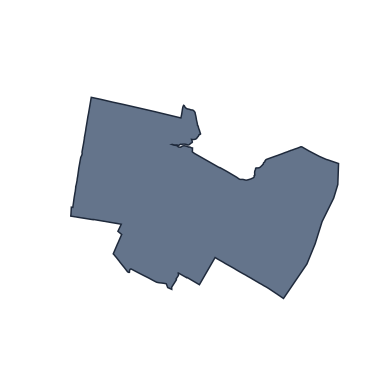 Brancoveni, Olt, Romania, rotated 32°
{"feature_id": "2599482B4467006256881", "entity_name": "Brancoveni", "entity_type": "district", "adm_level": 2, "iso_a3": "ROU", "parent_name": "Romania", "parent_adm1": "Olt", "projection": "orthographic", "projection_center": [24.313, 44.317], "detail": "fine", "context": "isolated", "style": "filled", "palette": "slate", "viewbox_px": 384, "rotation_deg": 32, "n_neighbors": 0, "source": "geoboundaries", "source_scale": "gbopen_adm2", "svg_char_len": 5859}
<svg xmlns="http://www.w3.org/2000/svg" viewBox="0 0 384 384"><g transform="rotate(32 192 192)"><path d="M326.0,233.8L327.6,192.2L323.9,170.7L318.0,148.1L315.4,122.1L311.7,108.4L301.2,90.2L290.4,92.7L288.7,93.2L281.2,94.3L269.6,95.2L261.1,95.5L260.7,95.9L260.3,96.0L260.1,96.3L259.7,96.9L258.0,99.2L256.9,100.5L256.1,101.5L255.2,102.7L254.4,103.7L253.7,104.4L253.5,104.8L253.3,105.1L253.1,105.3L252.9,105.6L252.5,106.0L252.2,106.5L251.8,107.1L250.7,108.4L250.0,109.3L249.4,110.1L248.6,111.2L247.7,112.4L246.1,114.4L245.0,115.9L244.7,116.2L243.9,117.2L241.3,120.5L239.4,122.9L237.8,125.0L237.6,125.4L237.5,126.1L237.4,126.8L237.6,127.4L237.7,127.7L237.7,128.1L237.3,128.9L237.3,129.3L237.3,129.6L237.4,130.0L237.5,130.3L237.7,130.7L237.5,131.1L237.4,131.6L237.4,132.0L237.2,132.7L237.0,133.6L236.7,134.7L236.5,135.2L236.3,135.5L236.0,135.9L235.4,136.5L234.6,137.0L234.2,137.3L233.8,137.5L233.5,137.8L233.4,138.2L233.6,138.6L233.9,139.1L234.0,139.8L234.0,140.2L234.2,141.0L234.4,141.5L234.6,142.0L234.9,142.4L235.1,142.8L235.6,143.4L236.0,144.0L236.3,144.4L236.1,144.7L236.0,144.9L236.0,145.1L236.5,145.8L236.7,146.8L236.4,147.5L236.0,148.2L235.3,149.2L234.8,150.0L234.3,150.5L233.7,151.2L233.0,152.0L232.4,152.6L231.8,153.2L231.1,153.5L229.9,153.9L229.5,154.0L228.6,154.3L228.2,154.5L226.3,155.7L226.1,155.8L225.8,155.9L225.1,156.0L221.9,155.8L213.8,156.0L210.1,156.1L202.8,156.5L202.7,156.7L202.4,156.7L201.4,156.9L200.7,156.9L190.7,157.3L173.5,158.0L172.8,157.9L171.9,157.9L170.9,157.7L170.5,156.8L169.8,155.6L169.1,154.4L168.2,154.8L166.9,154.9L166.2,155.0L165.7,155.6L164.9,155.7L163.6,156.0L162.6,156.3L161.3,156.7L160.8,157.0L160.2,157.4L159.6,158.1L158.9,159.4L158.7,160.0L157.0,160.9L156.3,161.0L154.9,160.7L154.0,160.9L152.4,161.6L151.4,162.0L150.6,162.1L149.8,162.3L150.0,162.1L151.2,161.8L152.1,161.5L152.7,161.1L153.3,160.8L153.9,160.3L154.6,160.0L155.1,159.9L155.7,159.8L156.1,159.4L156.3,158.9L156.3,158.6L156.5,158.4L156.7,158.1L157.0,157.5L157.4,157.3L157.9,157.1L158.3,156.8L158.7,156.4L159.0,156.2L159.3,156.0L159.6,155.8L160.0,155.6L160.4,155.3L160.6,155.2L161.1,155.0L161.6,154.8L162.2,154.6L163.0,154.4L163.4,154.3L164.0,154.1L164.4,153.7L164.7,153.0L164.8,152.7L164.9,152.3L165.0,151.9L165.2,151.3L165.8,150.2L165.9,149.6L165.7,149.3L165.5,149.1L165.3,148.9L165.0,148.7L164.6,148.3L164.2,148.0L164.0,147.9L163.9,147.8L163.8,147.7L163.7,147.6L164.0,147.5L164.4,147.3L164.9,147.1L165.2,146.9L165.6,146.6L166.1,146.2L166.8,145.5L167.1,145.1L167.4,144.5L167.5,144.1L167.5,143.9L167.6,143.6L167.6,143.2L167.6,142.7L167.7,142.1L167.8,141.7L167.8,141.4L167.8,141.0L167.8,140.8L167.8,140.4L167.7,140.1L167.6,139.9L167.7,139.7L167.8,139.5L167.9,139.3L168.2,139.1L168.3,138.9L168.4,138.6L168.5,138.4L168.5,138.2L168.1,138.0L167.9,137.8L167.6,137.5L167.3,137.2L166.8,136.8L166.2,136.3L165.9,136.0L165.6,135.7L165.3,135.5L164.6,135.0L163.9,134.4L163.6,134.2L163.4,134.0L163.2,133.8L163.0,133.5L162.7,133.3L162.5,133.1L162.3,132.9L162.1,132.8L161.8,132.6L161.4,132.6L161.2,132.4L161.1,132.2L160.9,131.9L159.9,130.8L159.4,130.3L158.4,129.3L158.0,128.9L157.5,128.4L156.6,127.3L156.1,126.8L155.6,126.2L155.0,125.6L154.5,125.1L153.9,124.5L153.5,124.1L153.1,123.7L152.8,123.3L152.5,123.0L152.1,122.8L151.8,122.6L151.3,122.4L150.9,122.3L150.4,122.2L149.9,122.1L149.4,122.1L149.1,122.2L148.7,122.3L148.4,122.5L147.9,122.7L147.7,122.9L147.3,123.0L146.9,123.0L146.3,123.2L145.8,123.3L145.4,123.4L144.8,123.7L144.5,123.8L143.9,124.0L143.4,124.1L143.0,124.1L142.5,124.1L142.0,123.9L141.8,123.9L141.6,123.8L141.4,123.8L141.1,123.7L140.9,123.7L140.7,123.6L140.4,123.4L140.1,123.1L139.8,123.0L139.6,122.9L139.3,122.9L139.0,122.9L139.0,123.5L139.1,124.0L139.2,124.6L139.3,125.1L139.5,125.5L139.7,126.0L139.9,126.6L140.2,127.3L140.7,128.4L141.2,129.6L141.6,130.5L141.9,131.3L142.2,131.9L142.5,132.9L142.8,133.6L143.0,134.2L143.1,134.5L143.2,134.8L143.3,135.1L119.0,143.2L118.9,143.2L87.1,154.2L77.2,157.8L76.3,158.1L66.0,161.6L56.4,165.1L62.7,180.4L63.7,183.1L64.0,183.8L65.7,187.8L67.1,191.2L68.2,193.9L68.9,195.4L69.9,197.8L70.5,199.3L71.0,200.6L72.0,203.1L72.3,203.5L73.1,205.4L74.2,208.0L76.2,213.1L77.5,216.3L77.8,216.8L78.2,217.3L78.4,217.5L78.6,217.7L78.9,218.7L79.2,220.4L79.2,220.8L79.3,221.6L83.5,232.1L84.2,233.6L86.7,239.2L86.9,239.7L87.4,241.0L87.9,242.1L88.4,243.1L89.8,246.7L90.7,249.5L91.1,249.9L91.6,251.1L92.6,253.2L92.9,253.9L93.0,254.3L94.9,258.9L97.1,263.8L98.6,267.2L99.1,268.2L97.7,268.8L101.2,275.1L101.8,276.4L102.0,276.7L122.8,267.9L122.7,267.7L123.5,267.3L149.1,256.8L150.0,264.6L154.9,265.3L155.0,266.2L156.2,274.3L156.3,275.3L158.0,286.2L159.5,286.6L160.1,286.8L160.6,287.0L161.4,287.3L161.8,287.4L162.6,287.6L163.3,287.9L165.0,288.5L165.7,288.8L166.4,289.0L167.4,289.4L168.1,289.7L169.0,290.0L169.8,290.3L170.4,290.5L170.7,290.6L170.9,290.7L171.3,290.8L172.1,291.1L172.7,291.3L173.6,291.6L174.2,291.8L179.3,293.7L179.5,293.8L179.9,293.8L180.0,293.8L180.4,293.8L180.5,293.8L180.9,293.7L181.1,293.6L181.3,293.5L181.5,293.3L181.3,293.0L181.2,292.7L181.0,292.3L180.8,291.9L180.7,291.7L180.6,291.4L180.5,291.2L180.5,290.9L180.5,290.6L180.5,290.2L180.7,289.9L181.0,289.8L181.2,289.6L181.4,289.5L181.6,289.5L188.5,289.0L195.5,288.4L200.6,287.9L205.9,287.6L209.7,287.3L210.6,287.0L211.7,286.6L212.8,286.1L213.8,285.6L214.6,285.2L215.3,284.9L216.4,284.4L218.6,283.5L218.9,283.5L222.0,285.9L226.4,285.3L226.2,285.0L225.7,284.2L225.2,283.5L225.3,274.7L224.6,274.2L224.7,269.9L224.4,269.4L224.0,268.9L223.2,268.0L223.3,267.9L233.0,267.5L233.0,267.1L236.0,267.0L247.4,266.7L246.3,235.3L248.8,235.3L255.6,235.0L258.0,235.0L259.9,234.9L267.9,234.5L270.8,234.5L274.5,234.4L278.8,234.2L281.5,234.0L283.8,234.0L285.4,233.9L287.8,233.8L289.6,233.8L292.1,233.7L293.5,233.7L295.6,233.6L297.3,233.6L298.6,233.5L300.1,233.4L301.0,233.4L302.6,233.4L303.9,233.3L305.7,233.2L308.7,233.2L326.0,233.8Z" fill="#64748b" stroke="#1e293b" stroke-width="1.5"/></g></svg>